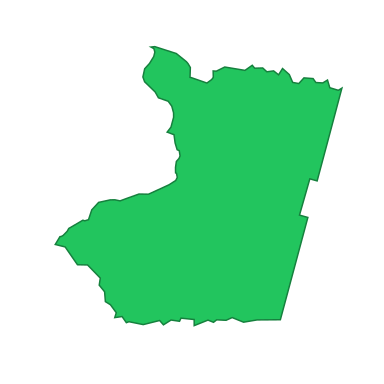 Erie, New York, United States of America, rotated 15°
{"feature_id": "52423323B92741938255653", "entity_name": "Erie", "entity_type": "district", "adm_level": 2, "iso_a3": "USA", "parent_name": "United States of America", "parent_adm1": "New York", "projection": "robinson", "projection_center": [-78.83, 42.768], "detail": "fine", "context": "isolated", "style": "filled", "palette": "green", "viewbox_px": 384, "rotation_deg": 15, "n_neighbors": 0, "source": "geoboundaries", "source_scale": "gbopen_adm2", "svg_char_len": 1499}
<svg xmlns="http://www.w3.org/2000/svg" viewBox="0 0 384 384"><g transform="rotate(15 192 192)"><path d="M310.0,148.9L310.0,111.1L309.9,52.9L307.0,55.9L298.1,55.6L293.9,48.8L290.1,52.8L283.3,54.2L279.6,51.1L270.6,52.8L267.1,59.6L260.9,60.1L255.6,53.4L247.5,49.3L245.3,56.4L239.5,53.9L233.2,56.5L228.2,53.9L220.5,56.2L217.4,54.0L211.7,60.8L191.3,62.8L184.2,69.0L181.1,69.6L182.9,75.8L181.9,78.3L178.2,82.9L161.7,81.7L160.4,81.8L158.2,72.2L154.9,69.0L152.9,67.6L141.0,62.3L118.4,61.2L114.9,62.6L118.1,63.4L119.9,66.5L120.0,71.0L117.7,78.8L114.4,85.2L114.8,93.6L117.7,97.8L130.5,104.9L135.2,109.7L145.5,110.5L150.3,114.4L152.6,118.4L153.7,120.3L154.9,124.6L154.9,134.8L152.5,140.6L159.8,141.3L163.0,149.0L166.7,155.0L169.0,155.4L171.1,160.2L170.8,162.9L169.0,166.5L169.7,172.5L170.6,175.8L171.2,177.8L172.2,178.0L174.0,181.7L173.3,185.1L167.9,191.0L150.5,205.4L141.3,207.7L132.3,213.9L124.8,219.2L119.5,219.5L115.0,220.8L104.5,226.2L99.8,235.2L99.2,245.5L95.9,247.6L93.9,247.5L82.4,259.1L81.6,262.3L78.7,267.4L77.2,268.8L76.0,269.3L73.5,278.1L83.7,277.9L100.2,291.9L110.0,289.5L125.7,298.9L126.5,306.0L133.4,311.0L136.7,320.3L142.4,322.0L150.1,328.2L149.9,333.3L156.7,330.4L162.4,335.2L164.7,333.6L179.2,332.7L194.0,324.5L198.8,327.7L204.9,321.1L213.4,320.1L214.0,316.7L227.1,314.6L228.7,320.5L240.6,311.6L246.5,312.3L248.9,309.1L258.1,307.1L263.3,302.9L275.5,304.4L288.0,298.7L310.4,292.5L310.5,186.6L301.8,186.5L302.4,148.8L310.0,148.9Z" fill="#22c55e" stroke="#15803d" stroke-width="1.5"/></g></svg>